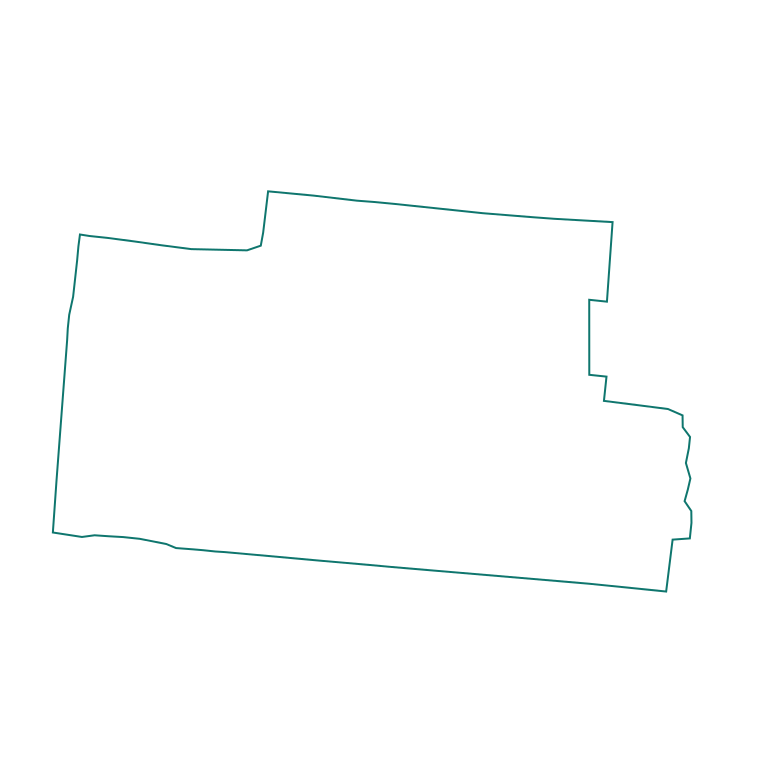 the district of Garibaldi, Rio Grande do Sul, Brazil, rotated 186°
{"feature_id": "56859067B56805786967083", "entity_name": "Garibaldi", "entity_type": "district", "adm_level": 2, "iso_a3": "BRA", "parent_name": "Brazil", "parent_adm1": "Rio Grande do Sul", "projection": "orthographic", "projection_center": [-51.585, -29.246], "detail": "fine", "context": "isolated", "style": "outline", "palette": "teal", "viewbox_px": 768, "rotation_deg": 186, "n_neighbors": 0, "source": "geoboundaries", "source_scale": "gbopen_adm2", "svg_char_len": 932}
<svg xmlns="http://www.w3.org/2000/svg" viewBox="0 0 768 768"><g transform="rotate(186 384 384)"><path d="M159.2,206.8L81.7,207.1L80.7,259.4L63.7,262.4L63.7,278.0L65.1,289.8L72.8,298.9L70.8,310.8L69.4,322.1L75.5,337.0L74.1,351.9L74.1,363.3L82.4,372.3L83.8,384.0L99.0,388.8L129.7,389.5L163.5,390.2L163.5,414.6L180.8,414.6L188.7,489.2L170.9,489.2L173.6,568.9L231.7,566.1L254.2,565.4L303.5,564.2L328.6,564.2L362.5,564.2L392.1,564.2L412.3,564.0L430.0,563.5L473.8,564.0L519.4,563.5L520.0,521.9L521.0,508.7L534.2,502.6L589.7,498.0L619.5,498.7L647.5,499.7L674.5,500.4L692.3,500.4L702.0,500.9L702.3,489.0L702.1,474.8L702.3,438.3L704.3,420.0L704.3,406.3L703.7,394.2L699.6,253.6L697.8,201.7L668.4,200.3L656.0,203.3L642.0,203.8L627.4,204.5L610.8,204.5L583.8,202.1L573.7,199.1L556.6,199.6L546.7,199.8L534.3,199.8L524.4,200.2L430.0,201.6L379.5,202.5L357.2,202.8L312.9,203.7L159.2,206.8Z" fill="none" stroke="#0f766e" stroke-width="2"/></g></svg>